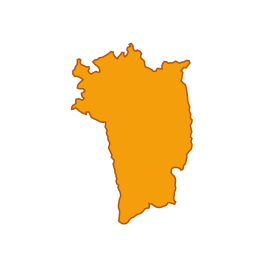 outline of Belmiro Braga, Minas Gerais, Brazil, rotated 297°
{"feature_id": "56859067B40732579968436", "entity_name": "Belmiro Braga", "entity_type": "district", "adm_level": 2, "iso_a3": "BRA", "parent_name": "Brazil", "parent_adm1": "Minas Gerais", "projection": "robinson", "projection_center": [-43.465, -21.971], "detail": "fine", "context": "isolated", "style": "filled", "palette": "amber", "viewbox_px": 256, "rotation_deg": 297, "n_neighbors": 0, "source": "geoboundaries", "source_scale": "gbopen_adm2", "svg_char_len": 3362}
<svg xmlns="http://www.w3.org/2000/svg" viewBox="0 0 256 256"><g transform="rotate(297 128 128)"><path d="M188.3,78.1L185.4,76.9L182.7,75.4L180.4,73.8L178.8,72.5L177.8,70.7L175.8,70.0L174.5,69.0L173.4,67.4L171.0,66.6L169.6,69.9L169.3,72.6L168.2,75.0L166.8,76.5L165.1,77.4L164.1,76.0L163.7,73.6L161.5,72.0L159.7,70.9L159.4,68.9L160.8,66.5L163.1,66.6L164.8,65.4L163.5,63.1L163.5,60.3L163.3,57.4L164.8,55.5L167.2,55.0L167.3,53.1L165.7,51.9L163.5,53.2L161.1,53.8L158.7,53.3L156.4,53.9L153.9,53.0L151.2,54.2L149.8,57.0L151.1,59.8L151.1,63.3L150.6,66.1L148.4,65.1L145.2,64.1L143.1,63.8L140.7,64.7L140.8,66.8L141.7,68.4L142.7,70.4L141.4,72.8L139.3,71.9L137.7,70.7L136.2,71.8L134.9,73.3L134.7,75.2L132.3,75.0L131.9,72.8L131.8,70.8L129.9,68.7L127.7,69.5L126.2,70.5L124.7,69.7L122.9,68.5L120.7,68.6L119.0,69.3L120.0,70.8L122.3,72.2L121.4,75.6L120.9,77.9L120.7,81.4L121.2,84.6L123.0,83.5L124.5,85.6L123.5,87.1L122.3,88.7L120.8,90.6L120.9,94.7L121.0,97.5L120.9,100.3L121.7,103.0L123.1,105.3L121.0,106.4L118.6,107.1L117.6,108.8L116.2,110.7L113.9,110.9L112.6,112.1L111.3,114.0L108.7,115.4L106.8,118.0L105.0,119.2L103.1,119.3L101.2,119.9L100.2,121.4L98.2,124.0L96.4,126.1L94.6,126.2L93.8,128.0L93.0,130.3L91.1,131.2L89.2,131.0L87.6,132.6L86.1,133.8L84.9,135.2L83.4,136.1L81.9,137.0L81.0,138.7L79.4,139.2L77.8,141.1L75.5,141.3L73.3,143.2L72.6,145.7L70.5,146.0L69.0,147.7L67.9,149.4L66.2,151.0L64.0,152.4L61.1,152.7L59.2,153.1L57.5,153.8L55.6,154.3L53.6,155.2L52.0,156.4L50.8,157.8L48.4,159.2L45.2,160.4L42.7,161.4L41.0,161.8L40.3,164.2L40.4,167.1L41.6,169.1L43.1,170.3L44.7,170.8L47.3,171.0L49.5,171.9L51.3,173.6L53.6,174.6L55.6,175.9L57.0,177.3L58.5,178.5L60.7,179.2L63.4,179.7L65.0,181.1L66.2,182.9L68.2,182.6L70.2,181.1L71.0,183.9L70.4,188.0L70.6,190.0L71.6,192.5L74.8,195.6L76.7,197.3L79.7,197.5L80.7,200.2L80.9,202.2L81.3,204.1L83.7,204.1L84.2,202.2L86.5,200.5L89.8,199.4L91.9,198.4L94.2,198.4L96.4,197.7L98.1,196.0L100.5,195.1L103.1,194.1L105.4,192.2L106.4,190.4L106.6,188.5L108.0,186.5L109.6,186.0L111.4,185.4L113.6,186.7L114.6,188.6L115.3,190.4L115.4,192.7L114.5,194.3L115.8,195.6L117.8,195.3L119.6,194.7L122.1,195.3L125.8,194.5L128.4,193.9L130.9,192.3L133.3,192.7L135.4,193.1L137.5,193.9L139.9,193.5L142.5,192.4L144.1,190.5L145.7,190.0L147.7,189.8L148.6,187.8L150.8,186.8L153.6,186.6L155.3,184.9L156.7,184.0L158.4,182.4L160.1,182.3L162.0,182.3L164.3,181.4L164.9,179.5L166.4,178.5L168.4,177.9L169.8,176.2L171.9,174.4L174.8,173.4L176.4,171.5L178.6,169.4L181.7,167.6L184.7,165.6L186.5,164.2L188.9,162.7L190.4,161.4L192.6,159.3L193.0,157.1L194.1,153.9L196.7,153.5L198.7,152.6L200.6,152.2L202.4,151.6L203.0,149.0L204.8,150.0L206.9,149.8L208.1,152.6L210.7,152.9L213.8,153.7L215.7,151.8L214.6,149.3L212.2,147.7L211.0,146.0L209.3,144.7L209.1,142.1L209.1,140.0L207.6,139.1L206.0,137.8L205.2,136.0L203.9,134.7L204.5,132.3L203.7,130.1L201.6,129.7L198.9,130.0L196.0,131.5L195.2,128.9L194.3,127.0L191.4,127.0L190.1,125.2L190.7,122.5L190.8,118.8L190.3,115.8L192.4,113.7L194.9,112.4L195.7,109.9L196.5,107.3L198.6,106.5L200.6,106.2L201.7,103.9L201.6,100.7L199.9,100.3L200.1,97.9L201.6,96.1L203.6,95.0L204.8,92.3L203.0,91.1L201.7,93.1L199.6,91.0L197.1,91.6L196.1,93.6L192.5,93.8L190.0,92.9L190.9,91.3L193.3,90.0L192.4,88.1L190.5,88.1L188.7,87.7L186.9,87.1L184.8,87.1L185.4,84.7L186.1,83.0L187.4,81.4L189.0,80.2L188.3,78.1Z" fill="#f59e0b" stroke="#b45309" stroke-width="1.5"/></g></svg>